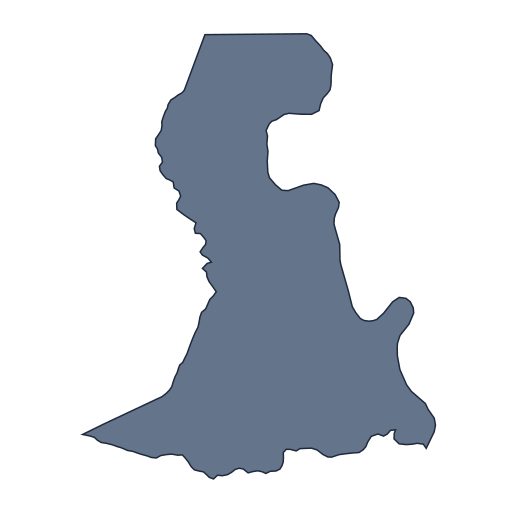 outline of Cachoeira Dourada, Goiás, Brazil, rotated 269°
{"feature_id": "56859067B56654290840077", "entity_name": "Cachoeira Dourada", "entity_type": "district", "adm_level": 2, "iso_a3": "BRA", "parent_name": "Brazil", "parent_adm1": "Goiás", "projection": "orthographic", "projection_center": [-49.637, -18.482], "detail": "fine", "context": "isolated", "style": "filled", "palette": "slate", "viewbox_px": 512, "rotation_deg": 269, "n_neighbors": 0, "source": "geoboundaries", "source_scale": "gbopen_adm2", "svg_char_len": 2950}
<svg xmlns="http://www.w3.org/2000/svg" viewBox="0 0 512 512"><g transform="rotate(269 256 256)"><path d="M400.3,321.6L407.1,323.3L412.9,326.0L416.7,329.7L420.6,332.8L424.8,333.8L429.5,334.2L433.4,334.2L438.7,334.8L445.9,335.9L452.7,333.8L457.0,331.0L460.5,327.3L464.6,324.4L470.3,319.3L475.5,315.1L477.3,310.6L478.2,208.8L423.0,187.2L420.3,184.7L418.4,181.0L415.9,177.6L413.5,173.6L409.0,170.8L405.3,169.9L402.0,167.8L396.9,165.8L391.8,164.1L388.1,164.3L383.1,163.4L378.8,160.5L374.9,157.7L368.0,157.3L364.9,159.3L360.8,160.1L356.3,163.4L351.5,164.1L347.4,161.0L342.9,161.6L338.9,164.3L335.0,167.6L333.5,171.1L331.5,174.5L325.5,175.3L322.3,180.1L317.3,181.7L313.6,179.9L310.3,177.6L303.9,177.7L298.8,184.2L294.4,190.4L290.2,196.6L284.5,194.7L279.8,195.8L279.4,200.8L275.9,203.8L272.2,206.4L268.4,205.8L265.2,203.0L261.1,200.2L257.8,202.5L254.8,207.8L250.6,211.3L249.4,207.0L244.5,202.2L240.8,206.2L236.1,206.6L231.3,208.6L225.8,212.4L220.9,215.6L216.8,212.6L213.3,209.0L208.4,206.8L203.9,204.7L200.6,200.6L195.7,198.8L191.7,198.1L185.9,196.8L180.2,193.7L174.5,191.2L169.6,189.2L165.3,187.5L159.6,185.4L155.5,183.2L150.9,180.9L148.3,177.8L144.6,176.4L140.9,175.2L136.1,172.7L130.9,170.8L127.0,169.6L123.7,167.4L120.4,164.1L116.9,159.4L114.5,153.9L90.9,101.4L80.6,79.5L78.8,87.4L77.4,91.3L74.5,94.3L72.2,98.1L71.4,102.8L69.8,108.9L67.8,114.1L66.7,117.8L63.8,124.2L62.8,129.5L61.2,133.6L59.7,137.9L58.0,143.7L56.4,147.8L55.8,152.8L58.1,157.2L59.0,162.9L59.4,168.2L58.2,174.3L58.4,178.9L55.5,181.5L51.3,184.7L46.5,187.5L43.3,190.6L42.0,195.2L41.1,199.7L38.1,202.9L35.5,205.4L33.8,209.6L37.5,213.7L36.9,218.4L37.9,223.8L40.2,227.9L43.0,231.5L44.1,235.5L43.2,239.6L39.3,244.3L40.5,249.0L41.2,254.0L40.1,258.6L38.4,262.0L40.5,266.6L40.7,272.3L42.5,276.2L45.6,278.2L49.5,279.6L53.2,279.9L59.1,279.9L62.2,282.9L62.1,286.7L60.4,292.8L62.6,296.5L62.8,302.3L62.9,308.2L61.0,313.7L56.3,319.6L53.8,324.3L53.6,328.2L55.9,335.4L56.7,342.0L57.4,349.6L57.7,355.6L60.4,359.8L63.5,362.5L68.1,364.5L73.7,368.1L75.9,374.9L73.7,380.4L75.7,384.2L79.3,387.4L79.8,392.5L76.2,391.1L70.8,390.8L65.7,395.8L64.8,402.9L65.1,408.8L65.9,414.0L64.9,420.1L60.7,422.8L77.1,431.1L83.8,432.5L90.7,431.4L100.0,425.2L105.5,422.8L117.9,409.0L124.6,404.3L139.9,397.9L153.8,395.6L162.8,395.6L166.5,396.0L174.1,398.6L185.2,407.8L196.3,412.7L201.5,412.3L207.6,409.4L211.1,405.1L212.1,398.5L207.8,391.8L196.7,382.7L190.4,375.6L189.2,371.6L188.9,367.5L189.7,362.7L191.7,359.2L197.7,354.7L203.6,351.4L219.5,347.7L245.7,340.7L250.5,339.9L260.3,339.9L266.1,339.9L281.9,335.7L286.8,334.5L292.6,335.0L296.5,336.2L303.0,339.3L308.2,340.1L316.0,336.2L322.9,329.2L326.0,322.4L327.6,315.0L326.0,304.8L320.8,289.3L321.3,283.0L326.8,276.8L334.0,270.8L339.6,269.3L350.8,268.9L360.4,269.8L367.6,268.8L375.8,269.6L381.3,268.3L387.8,271.5L390.5,274.2L392.0,278.9L394.7,283.0L397.0,286.5L398.1,291.4L397.6,296.7L397.0,302.9L396.7,314.0L400.3,321.6Z" fill="#64748b" stroke="#1e293b" stroke-width="1.5"/></g></svg>